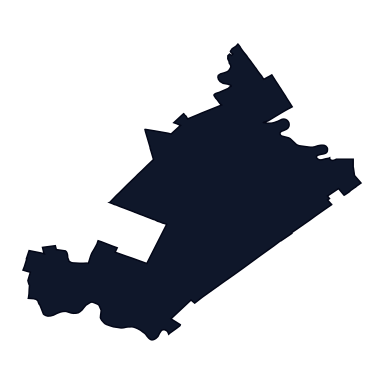 Veresti, Suceava, Romania (Robinson projection)
{"feature_id": "2599482B2854630041456", "entity_name": "Veresti", "entity_type": "district", "adm_level": 2, "iso_a3": "ROU", "parent_name": "Romania", "parent_adm1": "Suceava", "projection": "robinson", "projection_center": [26.473, 47.638], "detail": "fine", "context": "isolated", "style": "filled", "palette": "ink", "viewbox_px": 384, "rotation_deg": 0, "n_neighbors": 0, "source": "geoboundaries", "source_scale": "gbopen_adm2", "svg_char_len": 5865}
<svg xmlns="http://www.w3.org/2000/svg" viewBox="0 0 384 384"><path d="M168.7,334.2L170.0,333.0L176.7,328.2L179.7,325.9L180.0,325.6L180.3,324.7L170.9,318.8L171.5,318.3L191.0,300.0L194.7,303.1L202.4,297.1L224.5,281.3L231.1,276.7L235.6,273.5L243.0,268.2L258.7,256.7L263.0,253.6L273.9,245.8L280.2,241.0L280.8,240.9L291.8,233.4L291.4,233.0L291.9,232.5L309.9,220.0L315.6,215.8L325.0,209.2L331.7,204.6L331.7,204.4L331.1,204.0L330.6,203.4L328.9,201.5L327.5,199.9L329.5,198.6L327.5,196.0L337.3,189.4L338.6,188.6L343.8,194.9L344.1,195.2L345.2,194.6L348.9,192.1L349.8,191.4L350.1,190.9L351.3,190.0L354.4,187.8L355.7,187.0L356.5,186.2L361.0,183.0L354.5,175.5L353.4,167.8L353.2,167.7L353.2,159.2L336.3,159.2L334.5,160.1L332.7,160.5L331.2,160.2L329.9,159.4L329.7,157.8L329.0,158.2L325.6,158.8L323.3,159.4L322.7,159.6L321.6,159.8L321.0,159.9L320.5,159.9L319.8,159.9L319.2,159.7L318.8,159.5L318.1,159.2L317.4,158.7L317.2,158.6L316.7,157.8L316.6,157.5L316.5,157.2L316.5,156.9L316.6,156.4L316.8,156.1L317.2,155.6L317.7,155.3L318.2,155.1L318.7,155.0L318.8,154.9L319.5,154.7L321.3,154.3L323.5,153.9L324.5,153.6L325.1,153.4L325.8,153.1L326.3,152.7L326.7,152.3L327.1,151.7L327.3,151.2L327.4,150.7L327.5,149.5L327.5,148.8L327.4,148.4L327.2,147.8L326.7,147.1L326.1,146.4L325.8,146.1L325.2,145.8L324.4,145.4L323.6,145.3L322.9,145.2L321.2,145.2L319.8,145.4L318.2,145.7L317.4,145.9L314.4,146.9L313.6,147.0L312.7,147.2L311.5,147.2L310.5,147.2L308.5,147.0L304.0,146.4L299.7,145.8L298.7,145.6L297.6,145.1L296.8,144.8L296.3,144.4L295.7,143.9L291.3,139.7L290.2,138.7L289.5,138.3L288.8,137.9L288.1,137.7L282.0,136.1L281.3,135.8L281.1,135.6L280.7,135.3L280.4,134.9L280.3,134.7L280.1,134.2L280.0,133.7L280.0,133.4L280.0,133.0L280.1,132.7L280.3,132.4L280.6,132.0L281.3,131.5L282.0,131.1L283.1,130.7L283.9,130.4L286.3,129.3L287.3,128.6L287.8,128.2L288.0,127.9L288.6,126.9L288.8,126.6L289.0,125.8L289.1,125.1L289.1,124.2L289.0,123.4L288.9,122.9L288.7,122.4L288.4,121.9L287.8,121.0L287.2,120.4L286.5,119.9L286.0,119.6L285.5,119.4L284.7,119.2L284.1,119.1L283.3,119.1L282.6,119.2L281.7,119.4L280.7,119.9L278.0,121.2L276.0,121.9L274.7,122.4L273.2,122.8L271.9,123.1L270.5,123.2L268.3,123.2L267.9,123.3L264.8,122.7L263.5,122.6L263.4,122.5L263.5,122.4L265.9,121.6L268.2,120.8L275.2,116.5L282.2,112.3L284.6,110.9L290.0,107.9L290.0,108.0L290.2,107.9L292.2,106.8L289.8,103.0L288.1,100.4L286.0,97.1L285.8,96.6L282.2,91.1L280.6,88.5L280.4,88.2L279.6,87.1L278.1,84.7L275.7,81.1L274.1,78.5L273.8,78.1L271.8,74.9L268.5,76.8L268.0,77.0L263.8,79.3L262.7,77.8L262.1,76.9L261.6,76.0L259.2,73.0L257.7,71.0L255.9,68.3L255.0,67.2L253.5,65.1L252.4,63.6L252.2,63.4L251.4,62.2L250.6,61.1L249.5,59.7L247.9,57.7L246.5,55.5L245.5,54.4L245.3,54.3L245.4,54.2L243.8,52.3L242.8,51.0L240.8,48.2L240.2,47.0L238.8,45.1L237.9,44.1L235.9,46.3L232.2,48.7L230.4,51.3L231.0,52.5L232.9,54.0L231.3,55.5L229.6,54.1L227.9,55.7L227.8,58.8L229.2,61.8L229.2,62.5L229.2,63.0L230.5,64.9L230.9,66.6L230.3,68.2L228.6,70.8L226.8,71.9L224.0,72.9L220.5,73.9L218.3,75.4L217.9,77.1L218.5,79.4L220.1,81.5L223.1,83.3L228.1,84.2L231.1,85.5L231.1,86.4L230.7,86.5L229.8,86.9L228.6,88.1L228.0,88.5L226.0,89.4L225.6,89.6L224.4,90.1L219.1,92.4L216.8,93.1L215.7,93.5L214.7,94.1L214.3,94.5L214.0,94.9L214.0,95.1L214.1,95.6L214.7,96.5L215.2,97.3L215.6,98.0L217.2,99.7L217.9,100.7L218.9,102.1L219.9,103.4L220.6,104.2L220.9,104.4L221.6,104.8L221.7,105.0L208.0,110.5L201.0,113.3L199.0,114.2L187.9,118.8L187.6,118.9L186.7,117.4L186.0,116.2L185.6,115.8L184.5,114.9L184.0,114.0L183.6,113.7L180.7,116.3L173.8,122.7L177.0,123.8L180.5,125.4L171.1,134.0L167.9,133.2L154.7,130.9L145.5,129.4L145.0,129.5L145.5,131.7L146.9,136.4L150.0,146.9L150.2,148.3L151.6,153.0L153.5,159.5L152.8,160.2L147.2,165.5L145.7,167.0L141.6,171.0L137.7,174.6L136.5,175.9L135.0,177.4L133.0,179.3L127.5,184.6L119.4,192.7L116.5,195.4L109.8,202.4L109.5,202.5L112.6,203.7L114.1,204.4L115.4,204.8L116.1,204.9L117.9,205.7L119.8,206.5L122.5,207.5L124.2,208.1L129.9,210.3L130.5,210.5L132.5,211.3L133.9,211.8L134.4,212.1L136.1,212.7L139.6,214.1L144.0,215.7L145.1,216.2L149.3,217.8L153.3,219.4L154.2,219.6L155.1,219.9L155.6,220.2L157.5,221.2L159.5,221.8L160.7,222.2L162.7,223.1L163.7,223.3L165.4,223.8L166.7,224.3L157.0,243.4L146.8,263.5L132.2,258.2L126.0,256.1L115.1,252.2L117.2,247.8L113.0,246.3L101.4,241.8L98.1,240.7L98.0,240.9L97.1,243.7L96.8,244.3L96.2,245.5L94.4,248.8L92.0,252.8L91.5,253.9L91.2,254.6L90.5,256.5L88.4,263.3L88.1,263.2L86.9,263.1L82.8,263.3L80.1,263.3L78.3,263.2L76.7,263.1L73.0,262.9L71.7,262.7L70.8,262.3L69.1,261.3L68.6,260.0L67.7,257.6L67.6,255.7L67.4,254.3L66.8,252.5L66.2,251.6L65.4,250.9L56.3,249.6L55.3,245.7L42.5,247.4L43.8,252.8L44.3,253.8L40.7,252.9L29.1,250.6L26.4,258.7L26.8,258.8L24.4,266.6L23.0,270.1L27.3,271.4L30.4,272.2L27.9,280.6L28.5,282.8L29.0,284.4L29.5,285.1L29.2,289.2L29.0,293.9L28.5,297.5L28.3,298.3L33.9,298.7L34.4,298.9L35.6,299.2L36.4,299.5L37.1,300.1L37.7,300.8L38.1,301.2L38.3,302.2L39.1,304.1L40.0,305.2L43.2,313.4L43.5,314.1L44.4,314.8L46.0,315.6L47.9,316.1L50.6,315.9L53.5,315.1L56.9,313.4L60.5,312.0L62.8,311.5L64.5,311.4L66.1,311.4L67.4,311.8L71.2,313.0L73.5,313.3L76.0,313.2L78.2,312.8L80.1,311.6L82.1,309.9L83.8,307.7L85.9,305.2L90.2,302.5L91.3,302.1L92.4,302.1L94.1,302.7L95.8,303.4L97.7,304.2L99.0,305.2L101.2,310.3L100.9,313.1L100.6,315.1L100.4,317.6L100.7,318.5L101.8,320.4L104.1,322.9L105.0,323.7L106.5,324.5L110.2,325.8L113.4,326.8L117.6,327.4L120.8,327.9L122.1,327.9L123.9,327.7L126.0,327.2L128.2,326.9L130.1,326.9L130.9,326.8L131.8,326.8L133.3,327.0L134.3,327.3L135.7,327.8L137.6,328.6L140.5,330.2L143.1,332.2L144.7,333.3L145.7,334.3L146.9,336.0L148.7,338.1L149.9,339.1L151.0,339.7L152.0,339.9L153.6,339.6L154.9,339.0L156.0,338.3L157.9,336.5L159.5,333.3L161.1,330.9L162.0,330.1L162.8,329.8L163.8,329.7L164.8,329.8L165.9,330.3L166.7,330.8L167.4,331.4L168.1,332.6L168.4,333.4L168.7,334.2Z" fill="#0f172a" stroke="#020617" stroke-width="1.5"/></svg>